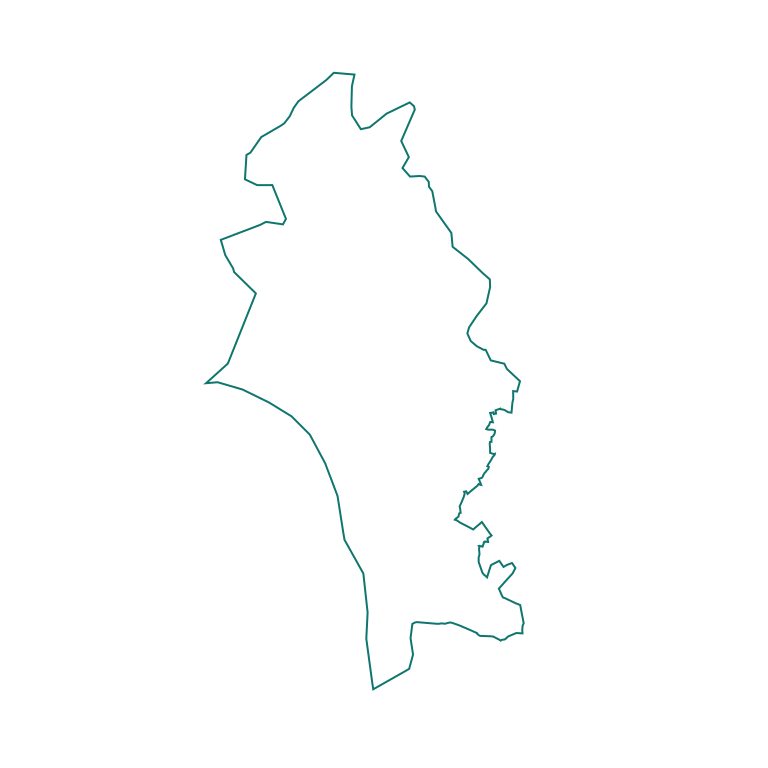 Osisioma Ngwa, Abia, Nigeria, rotated 325°
{"feature_id": "59680162B33112577829488", "entity_name": "Osisioma Ngwa", "entity_type": "district", "adm_level": 2, "iso_a3": "NGA", "parent_name": "Nigeria", "parent_adm1": "Abia", "projection": "mercator", "projection_center": [7.331, 5.172], "detail": "fine", "context": "isolated", "style": "outline", "palette": "teal", "viewbox_px": 768, "rotation_deg": 325, "n_neighbors": 0, "source": "geoboundaries", "source_scale": "gbopen_adm2", "svg_char_len": 3562}
<svg xmlns="http://www.w3.org/2000/svg" viewBox="0 0 768 768"><g transform="rotate(325 384 384)"><path d="M200.1,627.9L241.2,631.8L252.6,622.3L259.9,607.5L269.6,596.8L272.5,597.1L274.2,597.8L289.6,610.6L291.4,611.9L293.7,613.0L296.4,615.3L297.1,615.6L300.9,617.0L302.5,618.3L307.3,625.0L312.5,633.4L317.3,641.4L317.0,641.6L317.5,643.9L318.3,645.5L326.0,651.3L328.6,653.5L330.1,656.4L331.8,659.6L332.3,661.1L333.5,661.1L334.0,661.3L336.4,662.5L338.4,662.4L340.7,662.0L349.3,663.8L350.2,664.4L354.4,667.7L356.1,664.9L358.9,661.5L360.4,660.6L361.2,660.1L366.9,647.3L368.8,643.2L365.9,638.8L361.5,631.0L360.0,628.4L359.0,627.1L359.4,624.0L360.1,620.7L360.7,617.5L372.7,614.7L380.5,613.0L386.1,610.1L386.2,604.1L384.9,603.7L380.8,602.7L377.0,602.4L377.0,595.0L370.6,594.1L369.5,593.9L367.9,593.7L366.5,594.6L357.5,601.5L356.9,598.6L356.5,597.5L356.4,594.9L359.5,584.0L359.9,583.5L362.1,580.3L363.5,579.2L364.6,578.2L365.6,576.5L366.6,574.7L367.6,573.2L368.8,572.2L368.8,571.1L369.5,571.4L369.7,571.7L369.8,572.0L371.0,573.0L371.0,573.4L371.3,573.7L371.5,573.8L373.3,572.4L373.9,572.1L375.0,570.9L375.4,571.2L375.8,571.3L376.3,570.9L376.7,571.2L377.8,572.3L378.7,573.1L379.8,570.6L380.2,569.8L381.2,569.8L382.8,569.9L385.2,569.8L385.0,566.4L385.0,553.2L373.6,554.3L371.0,549.1L366.8,541.2L366.1,539.2L365.3,537.3L364.2,535.8L365.1,535.5L365.7,535.5L369.0,535.3L370.2,534.2L371.6,533.1L372.9,533.5L375.0,529.5L375.8,527.6L378.8,525.9L384.2,522.5L387.2,520.1L387.8,518.2L389.8,519.1L389.4,522.0L395.3,521.4L402.3,520.9L402.9,520.6L403.6,520.3L404.1,520.2L404.6,521.2L405.7,522.4L406.4,519.7L407.2,516.0L410.3,517.0L411.9,516.4L413.4,515.4L415.6,514.5L417.3,514.2L418.9,513.6L420.1,513.5L421.0,513.2L421.6,512.6L422.3,512.0L422.0,511.4L421.5,510.6L423.6,509.5L425.4,508.8L428.5,507.5L430.8,506.3L432.2,505.9L433.9,505.5L434.4,505.2L434.8,504.8L434.4,504.7L433.7,504.2L432.8,503.2L431.4,501.2L433.5,498.4L434.7,496.3L434.9,496.0L436.2,493.8L437.5,492.3L438.9,493.0L441.6,489.1L442.8,489.3L443.7,489.2L445.2,488.6L446.5,487.8L448.2,485.9L447.1,484.0L446.1,483.2L444.0,481.8L442.8,480.7L441.9,479.6L442.9,479.1L444.6,478.4L445.8,478.2L446.6,477.8L449.2,476.0L451.2,477.8L452.8,473.5L454.3,468.6L455.8,469.4L457.3,469.9L456.7,471.6L457.6,471.9L458.8,472.5L460.3,469.5L462.4,470.1L465.2,470.9L465.1,471.5L467.1,473.5L468.0,474.8L469.5,478.3L472.0,480.6L478.7,472.7L481.3,470.4L485.7,463.9L488.7,466.5L497.0,459.7L493.3,442.1L494.2,436.4L485.0,425.9L486.9,414.3L485.3,413.3L481.7,406.3L479.7,398.6L481.3,390.4L486.2,386.4L498.8,381.5L514.2,376.7L526.5,365.5L530.7,359.0L528.4,349.5L524.6,329.8L518.9,311.0L525.8,298.9L525.6,272.4L527.1,269.4L534.1,253.8L534.0,248.2L536.6,244.1L536.3,237.4L532.4,234.0L524.3,229.0L523.0,217.7L534.5,212.4L537.5,194.8L566.6,176.9L567.9,173.7L566.6,168.1L541.1,164.0L519.6,165.5L511.2,162.0L511.9,145.7L516.3,138.2L528.5,121.7L537.3,113.6L521.4,100.3L511.0,101.9L476.0,103.3L468.5,106.0L460.4,110.6L451.7,113.3L447.9,113.2L447.2,113.2L425.1,111.3L407.2,117.9L402.7,117.5L394.9,127.3L387.5,136.6L394.2,148.4L406.6,157.0L398.4,192.5L392.8,195.3L381.8,184.9L381.4,184.6L380.2,183.5L373.8,182.6L333.0,172.3L327.9,187.4L326.7,202.9L325.4,206.2L331.0,236.3L322.3,242.0L267.8,277.7L238.7,281.3L248.7,287.1L265.2,307.7L265.9,309.1L279.2,333.2L289.7,357.4L294.2,382.8L293.2,391.4L292.1,400.4L290.3,415.4L289.3,419.2L287.1,427.9L285.5,434.3L281.7,449.1L265.1,483.0L263.2,487.1L262.3,488.8L260.0,511.7L259.1,520.3L258.4,527.4L257.0,529.9L255.7,532.3L239.5,561.8L223.4,582.5L202.3,623.4L200.1,627.9Z" fill="none" stroke="#0f766e" stroke-width="2"/></g></svg>